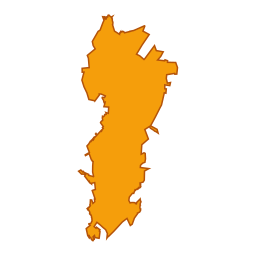 outline of Cuencamé, Durango, Mexico
{"feature_id": "50627088B82922113569023", "entity_name": "Cuencamé", "entity_type": "district", "adm_level": 2, "iso_a3": "MEX", "parent_name": "Mexico", "parent_adm1": "Durango", "projection": "equal_earth", "projection_center": [-103.787, 24.653], "detail": "fine", "context": "isolated", "style": "filled", "palette": "amber", "viewbox_px": 256, "rotation_deg": 0, "n_neighbors": 0, "source": "geoboundaries", "source_scale": "gbopen_adm2", "svg_char_len": 5479}
<svg xmlns="http://www.w3.org/2000/svg" viewBox="0 0 256 256"><path d="M155.5,116.7L160.2,107.4L161.5,105.0L164.3,92.8L165.9,93.2L166.3,88.9L164.8,88.8L164.8,84.9L169.8,85.6L170.5,82.5L167.4,83.1L166.3,78.6L166.7,74.7L174.6,73.4L174.8,74.2L176.8,74.1L177.5,67.6L175.7,62.5L167.5,62.3L167.6,60.7L165.0,59.8L164.7,60.8L157.6,60.0L160.8,56.3L163.2,51.8L156.3,50.6L154.5,45.6L144.8,58.7L144.0,59.5L139.7,55.8L136.5,54.2L142.2,44.8L149.2,34.5L142.9,31.1L144.8,26.1L144.4,25.8L133.7,30.5L130.2,31.2L130.3,31.4L124.5,32.8L124.0,32.2L123.8,31.7L122.5,31.3L122.1,31.8L121.5,31.7L120.8,32.4L120.7,31.6L119.5,33.3L119.5,34.3L114.5,31.1L112.5,24.6L112.8,24.3L112.9,22.1L112.6,21.6L112.4,20.8L112.3,20.3L112.3,19.5L112.2,19.2L112.3,18.9L112.2,18.7L111.9,18.6L111.8,18.3L111.9,17.8L111.8,17.5L112.5,16.4L111.2,17.1L109.4,15.7L109.2,15.4L109.1,15.5L108.9,15.5L108.7,15.5L108.5,15.4L108.4,15.5L108.2,15.6L108.1,15.4L107.7,16.1L107.6,17.0L107.1,16.9L106.6,16.9L106.6,17.1L106.5,17.7L106.4,17.8L106.3,18.3L106.4,18.6L106.3,18.9L106.2,19.0L105.8,19.1L105.5,17.8L105.2,17.5L105.2,17.0L104.9,16.9L105.0,17.2L104.9,17.8L105.0,18.2L105.1,18.8L104.6,18.9L103.9,17.8L103.7,17.2L103.3,16.8L102.7,16.7L104.0,20.3L102.9,22.7L100.1,30.1L98.1,31.4L92.3,41.5L93.2,45.6L95.2,48.9L87.3,55.4L88.4,58.2L89.2,67.6L82.1,68.3L82.2,72.2L84.0,72.1L81.9,80.1L84.0,86.8L86.9,92.9L88.9,99.5L93.9,100.6L94.3,100.7L94.6,100.7L94.8,101.1L99.4,94.9L99.2,94.0L101.0,94.0L105.4,95.9L105.3,96.3L104.4,97.6L104.2,97.6L103.9,97.4L103.4,97.3L102.4,97.3L102.2,97.4L102.2,97.6L102.2,98.1L102.6,98.7L102.8,99.2L103.4,100.0L103.5,100.3L103.8,101.7L104.1,102.6L105.1,102.2L104.5,104.7L103.9,106.7L108.7,107.1L108.3,113.3L105.9,112.5L106.3,113.3L106.4,113.7L106.3,114.1L106.1,114.1L105.9,114.4L105.3,114.2L104.9,114.4L104.6,114.7L104.5,115.2L104.6,115.4L104.3,115.9L104.0,116.2L103.6,116.3L103.4,116.8L103.2,116.8L102.5,116.3L102.3,117.9L102.7,120.0L102.6,120.3L101.1,121.5L100.5,122.7L103.3,126.6L102.4,127.5L103.2,128.5L101.4,130.3L101.8,130.7L101.3,131.3L100.9,130.8L97.1,134.9L96.7,134.4L96.0,133.4L95.8,133.7L95.5,134.0L96.6,135.5L94.5,137.6L94.2,137.1L93.7,137.6L94.0,138.2L93.4,138.9L93.7,139.4L93.2,140.0L92.6,139.1L92.3,139.6L91.6,140.1L91.8,140.6L91.0,141.5L90.9,141.4L90.8,141.5L90.4,141.2L88.7,144.0L86.9,146.0L89.4,152.5L85.2,154.9L85.5,155.6L89.1,153.6L91.4,159.9L91.9,160.2L92.0,160.5L92.1,160.8L92.4,160.9L92.4,161.2L92.9,161.5L93.1,161.6L93.0,162.0L92.7,165.8L92.6,172.0L93.6,176.4L93.5,176.6L88.7,175.4L88.7,174.4L84.3,172.5L83.2,171.4L82.8,172.0L80.8,170.0L78.6,171.2L81.5,174.1L85.6,174.3L84.6,176.1L89.4,182.3L89.5,182.0L89.7,182.6L91.5,184.0L91.4,183.3L94.7,182.6L95.4,189.5L92.9,190.2L92.2,190.5L95.1,199.0L94.4,199.1L94.8,201.7L92.9,203.4L91.7,200.0L90.4,199.9L90.2,204.0L89.9,204.4L90.4,205.3L89.9,205.7L90.1,206.1L89.6,206.6L89.2,207.4L88.8,207.5L88.5,207.3L88.2,207.6L88.4,207.6L88.2,207.9L88.2,208.2L88.0,208.6L87.9,208.7L87.5,208.8L87.9,209.1L87.7,209.2L87.9,209.6L87.7,209.8L87.9,210.0L88.2,210.0L88.7,210.3L89.2,211.0L89.3,211.4L89.8,212.1L89.8,212.7L89.6,213.1L89.6,213.3L89.8,213.5L89.7,213.9L89.9,214.1L90.0,214.1L90.1,214.4L90.6,214.4L90.9,214.8L90.9,215.3L91.3,215.6L91.5,216.4L91.5,216.7L91.6,217.1L91.5,217.4L91.9,218.2L91.9,218.9L92.0,219.2L91.9,219.7L92.0,220.2L92.0,221.1L91.8,221.5L91.5,221.8L91.4,222.4L90.9,223.2L90.1,223.6L89.2,223.6L88.9,223.7L88.8,223.9L88.8,224.1L90.2,225.3L86.2,228.6L87.7,235.5L88.4,236.6L88.6,236.2L89.0,235.9L88.9,235.5L89.1,234.9L89.3,236.6L89.0,237.5L89.3,238.0L89.8,237.2L90.0,237.1L90.5,237.4L90.8,237.8L90.9,238.1L91.1,238.8L91.3,239.1L91.6,239.6L91.9,239.7L92.2,240.3L92.5,240.6L93.1,240.6L93.1,240.1L93.7,239.6L94.3,239.3L94.3,239.0L94.1,238.2L93.3,238.1L93.1,236.7L93.7,236.5L93.8,236.4L93.7,236.3L93.8,236.0L94.3,235.6L94.3,236.0L94.4,235.8L94.6,235.9L95.0,237.6L99.1,238.3L99.2,238.1L100.0,231.6L99.3,231.0L100.0,229.8L96.5,227.2L96.0,228.2L94.1,226.6L96.9,222.3L100.2,224.9L102.8,227.3L105.7,229.7L107.5,233.8L107.3,234.0L106.9,238.1L108.3,236.2L108.6,236.4L113.7,231.4L122.4,221.9L127.0,218.4L130.3,225.5L132.2,224.2L134.4,218.1L137.9,213.2L137.7,213.0L139.0,212.4L139.7,212.0L140.0,211.4L140.1,211.2L140.5,210.7L140.5,210.2L140.6,209.9L140.6,209.6L140.4,209.4L140.5,209.2L140.3,209.2L140.1,208.7L140.1,208.2L139.9,207.9L139.9,207.4L139.9,207.0L139.9,206.7L140.0,206.6L140.0,206.3L140.1,205.3L140.3,205.2L140.2,205.0L140.3,204.9L140.2,204.5L140.1,204.3L140.2,203.7L140.4,203.2L140.5,202.7L140.7,202.3L140.8,202.0L141.0,201.9L141.0,201.7L140.7,201.4L140.6,201.1L140.5,200.5L140.3,200.3L140.4,200.1L140.3,199.8L140.1,199.5L140.1,199.0L136.7,202.4L136.4,203.8L135.5,203.6L135.4,203.0L134.5,202.6L131.9,202.5L130.1,202.9L128.8,200.4L129.3,197.1L132.4,193.3L133.7,193.4L135.0,189.9L135.4,190.2L135.6,189.7L135.9,189.6L136.0,189.7L136.6,189.3L136.8,189.4L137.2,188.9L137.4,189.1L137.8,188.5L138.1,188.6L138.5,188.0L138.6,188.3L139.0,187.7L139.3,187.9L139.7,187.3L139.9,187.4L140.3,186.8L140.5,187.1L140.7,186.8L140.5,186.5L140.7,186.2L140.3,185.8L140.5,185.5L140.3,185.3L140.5,185.0L140.3,184.8L140.5,184.5L140.2,184.3L140.4,184.0L140.2,183.7L140.4,183.4L140.2,183.2L140.3,183.1L140.2,183.0L143.2,182.0L144.3,180.1L144.5,171.0L148.9,168.6L140.3,167.5L140.5,165.3L141.5,164.2L143.0,163.0L144.9,162.3L145.5,158.9L145.2,153.4L144.0,152.8L141.2,154.2L141.8,144.7L148.4,139.0L144.8,129.5L149.5,126.5L150.1,127.8L150.4,128.2L154.1,130.5L154.4,131.0L156.2,131.8L158.1,133.1L157.1,129.4L150.6,125.8L155.5,116.7Z" fill="#f59e0b" stroke="#b45309" stroke-width="1.5"/></svg>